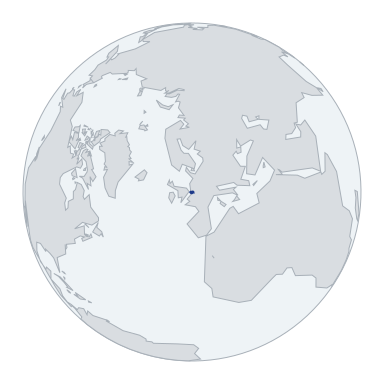 Pas-de-Calais highlighted on a globe, orthographic projection, rotated 317°
{"feature_id": "FRA-5334", "entity_name": "Pas-de-Calais", "entity_type": "Metropolitan department", "adm_level": 1, "iso_a3": "FRA", "parent_name": "France", "parent_adm1": "", "projection": "orthographic", "projection_center": [2.469, 50.516], "detail": "fine", "context": "on_globe", "style": "filled", "palette": "blue", "viewbox_px": 384, "rotation_deg": 317, "n_neighbors": 0, "source": "natural_earth", "source_scale": "10m", "svg_char_len": 10827}
<svg xmlns="http://www.w3.org/2000/svg" viewBox="0 0 384 384"><g transform="rotate(317 192 192)"><circle cx="192" cy="192" r="169" fill="#eef3f6" stroke="#a8b0b8"/><path d="M24.9,217.0L24.8,214.6L24.2,209.0L26.2,208.3L27.0,197.4L26.7,193.2L25.5,193.5L25.7,177.7L27.6,167.4L37.8,124.2L40.9,117.5L44.3,112.3L64.3,84.6L47.9,105.0L52.5,97.6L59.4,88.7L59.4,89.3L69.1,79.1L75.5,72.4L88.9,62.8L102.2,59.4L97.8,62.3L101.5,61.5L107.3,57.9L110.1,55.9L130.6,50.8L150.4,43.4L154.3,39.6L155.3,41.9L161.1,34.0L170.3,30.6L161.3,35.5L161.5,36.9L168.4,34.9L170.1,36.0L174.4,35.7L175.8,37.3L170.5,40.4L171.3,41.6L176.1,40.2L180.6,41.1L173.3,43.0L180.4,44.9L172.7,51.3L152.1,56.4L149.1,62.4L131.5,74.6L134.4,75.2L129.6,80.7L131.3,83.6L127.5,85.4L132.1,86.2L135.2,84.1L138.2,83.8L139.4,85.4L134.9,87.8L133.6,87.4L132.9,89.0L130.1,89.5L132.2,90.2L126.5,93.1L133.9,92.7L130.9,97.1L126.7,98.5L124.8,95.0L110.4,90.7L105.5,91.6L100.5,95.9L95.9,110.7L91.4,113.2L87.1,119.1L90.5,119.0L95.2,114.5L100.5,116.1L105.6,110.7L108.5,110.7L114.6,106.8L116.1,111.0L114.2,117.4L109.3,121.0L108.3,124.0L115.0,123.8L107.6,134.0L106.1,147.0L103.9,149.4L96.2,147.9L91.2,139.5L81.1,138.9L90.1,143.2L84.5,149.7L84.6,152.6L86.3,154.7L89.4,153.8L88.0,157.0L78.6,153.6L79.7,150.7L82.7,151.6L80.3,147.9L73.9,146.3L71.6,150.0L64.5,144.6L62.7,147.3L60.2,147.9L63.5,143.8L57.4,151.2L48.7,148.0L40.3,160.9L45.9,145.9L46.3,139.9L46.0,134.0L44.5,135.9L46.1,126.3L44.2,122.8L38.4,129.3L33.8,139.4L32.5,148.9L34.4,147.7L34.8,153.6L29.5,159.5L29.4,172.7L26.6,179.6L25.8,187.2L27.0,191.9L27.9,199.8L30.2,199.3L33.2,203.5L31.5,210.2L34.6,207.9L35.3,214.8L42.3,227.5L41.3,228.0L47.0,246.4L56.0,261.0L58.1,268.2L56.8,269.8L60.5,274.3L60.6,276.3L78.1,293.5L89.1,304.9L90.2,310.9L83.7,311.9L84.3,320.0L74.4,313.1L75.6,314.4L66.9,305.5L58.9,296.0L51.6,286.0L45.1,275.4L39.3,264.4L34.4,253.0L30.4,241.2L27.2,229.2L24.9,217.0ZM37.7,164.3L37.8,183.0L35.4,176.3L36.3,176.7L36.8,171.0L36.8,162.7L35.4,157.3L37.7,164.3ZM43.1,163.6L42.9,160.9L43.4,163.1L43.1,163.6ZM111.1,54.9L107.2,57.8L101.4,60.8L104.5,58.1L111.1,54.9ZM122.4,50.2L121.0,51.6L117.0,51.9L119.1,51.0L122.4,50.2ZM156.7,36.8L153.2,38.2L156.0,36.5L156.7,36.8ZM174.8,35.4L175.3,34.8L177.3,35.0L174.8,35.4ZM113.3,104.8L113.9,105.8L112.5,106.0L113.3,104.8ZM115.4,102.2L113.3,101.7L114.0,100.5L115.3,100.8L115.4,102.2ZM181.3,37.6L184.5,38.3L180.3,38.1L181.3,37.6ZM117.8,103.1L115.5,98.3L116.7,96.1L122.6,95.6L117.8,103.1ZM185.7,39.1L193.4,41.0L195.1,39.5L194.6,45.0L188.2,41.3L182.9,41.3L185.9,40.3L185.7,39.1ZM135.6,82.7L132.4,85.1L133.9,81.7L135.6,82.7ZM135.9,80.7L136.3,71.3L141.8,68.9L140.5,72.4L146.6,68.3L149.0,71.7L146.2,74.7L142.2,75.5L146.2,76.3L135.9,80.7ZM193.1,47.8L194.2,48.9L192.0,48.4L193.1,47.8ZM139.5,83.5L139.1,81.7L143.8,79.4L145.4,82.6L143.4,82.3L139.5,83.5ZM147.0,65.7L150.8,64.7L153.8,67.1L155.7,67.1L149.6,71.6L147.0,65.7ZM143.0,83.6L146.2,84.3L145.1,86.9L140.2,85.1L143.0,83.6ZM144.3,77.5L146.6,76.7L145.9,78.2L144.3,77.5ZM143.1,96.9L142.5,94.6L144.9,93.2L143.1,96.9ZM147.4,84.4L147.8,83.5L148.6,82.8L150.5,83.8L147.4,84.4ZM152.1,73.1L152.6,74.4L154.7,71.4L157.1,73.3L152.6,76.0L155.5,75.6L156.2,76.2L151.8,77.8L152.1,73.1ZM154.9,82.6L150.0,87.0L150.6,91.5L148.4,92.8L148.0,85.4L154.9,82.6ZM153.5,79.6L153.9,81.7L151.0,82.2L149.0,81.1L153.5,79.6ZM160.3,73.7L157.9,70.1L158.9,69.6L160.3,73.7ZM155.7,83.8L156.8,82.7L156.0,84.0L155.7,83.8ZM159.5,76.6L158.5,75.4L159.7,74.9L159.5,76.6ZM160.0,81.7L158.4,83.1L157.0,82.3L160.0,81.7ZM160.2,79.3L162.2,79.0L157.4,81.2L159.6,78.8L160.2,79.3ZM160.8,76.4L161.2,75.7L161.1,77.0L160.8,76.4ZM166.4,84.1L160.8,87.1L157.5,85.3L163.5,82.6L166.4,84.1ZM354.5,145.6L354.9,150.3L357.6,159.6L357.6,158.7L358.4,162.9L358.4,162.7L358.5,164.2L356.6,156.7L353.1,150.5L354.3,158.6L352.4,154.4L347.8,152.6L348.5,164.2L350.9,189.0L354.2,200.7L353.7,210.4L345.6,203.1L340.0,194.1L338.4,199.4L329.0,197.7L316.6,212.8L313.7,211.2L311.6,215.6L304.8,217.3L300.0,214.0L296.4,217.5L309.0,225.9L312.7,222.1L314.3,213.1L317.2,217.1L323.6,216.3L320.6,235.5L300.2,264.5L296.4,256.4L271.4,238.9L271.1,235.2L270.9,234.9L270.5,234.3L270.1,240.7L265.2,236.5L280.5,251.5L283.9,258.9L299.9,265.3L298.9,267.6L303.5,267.6L316.0,253.9L316.5,257.0L311.7,275.6L292.7,304.9L294.2,313.0L291.1,321.0L277.0,332.1L276.0,335.7L268.3,340.3L266.4,342.4L259.0,346.5L247.5,351.3L230.3,356.1L231.0,355.2L225.2,354.2L217.8,346.1L224.0,339.5L223.2,334.7L210.6,323.7L213.5,315.4L209.7,312.3L202.1,313.8L197.4,309.8L192.7,309.9L161.5,311.7L150.9,304.7L135.9,283.1L140.7,276.1L139.8,266.1L172.0,233.9L180.8,236.4L208.5,229.7L212.3,230.6L211.2,239.6L233.7,245.8L238.4,237.3L256.6,237.1L267.3,232.3L267.2,214.9L249.7,222.5L244.4,215.9L256.7,203.1L271.7,196.5L270.2,193.8L258.9,191.6L260.4,184.1L254.7,190.4L258.4,192.3L255.0,196.4L251.4,195.0L252.1,192.3L247.0,192.9L245.0,206.2L248.5,209.6L236.4,216.0L241.2,222.4L238.6,226.8L229.6,217.8L229.0,213.5L213.8,204.5L213.3,209.4L227.6,218.5L224.0,218.4L223.4,225.8L221.0,220.2L205.5,209.5L193.4,213.9L181.1,232.1L173.3,233.5L165.4,229.8L166.6,212.0L183.8,210.9L184.5,205.1L178.3,196.7L184.0,197.3L183.6,193.9L189.9,193.1L196.0,184.3L201.9,182.7L201.7,172.2L204.7,170.1L204.0,176.8L206.6,180.9L221.1,177.1L223.1,174.3L221.8,167.8L225.9,167.8L222.8,162.1L229.9,157.2L218.7,158.6L216.9,151.7L219.7,145.1L217.1,143.2L212.5,154.1L212.5,158.2L215.7,161.3L213.9,173.6L209.5,176.5L203.8,165.1L196.9,168.2L195.5,158.4L208.8,134.3L215.6,128.2L232.4,131.8L232.3,136.8L226.2,137.8L234.2,142.9L232.4,139.6L235.9,139.7L235.0,133.6L237.4,133.4L232.5,128.0L235.3,127.1L238.4,130.6L239.5,121.2L244.7,118.1L243.8,116.1L241.4,114.9L249.6,112.1L248.6,110.8L245.5,111.1L241.5,108.8L237.5,103.8L240.6,103.1L242.4,104.8L250.9,107.6L255.3,112.5L256.1,111.8L253.0,107.3L242.7,103.9L239.5,101.1L244.4,102.0L242.4,101.5L241.7,99.9L243.9,97.7L238.5,96.5L227.2,81.3L230.4,76.1L236.1,78.3L231.4,68.1L235.3,63.6L232.5,63.9L228.3,59.6L227.0,60.9L225.3,60.8L214.1,51.3L213.8,48.8L205.7,45.7L204.2,46.0L204.0,47.6L194.6,45.0L195.1,39.5L198.4,39.2L196.4,36.4L204.3,36.3L209.8,35.1L219.5,37.2L223.1,36.3L221.9,35.3L225.8,33.8L238.1,34.6L233.4,38.2L216.1,39.5L223.6,39.1L223.4,40.6L227.1,41.5L232.3,41.3L231.9,40.4L248.2,48.7L263.8,53.3L258.9,48.7L260.0,46.9L273.4,49.8L298.3,65.7L300.1,64.8L303.0,66.6L307.6,71.1L303.5,68.6L304.4,71.0L301.4,69.0L307.5,76.0L303.4,73.6L310.1,80.5L312.1,80.6L308.3,75.1L315.8,82.5L317.2,81.0L321.9,85.1L334.9,102.6L341.3,114.6L342.7,116.9L342.8,118.7L346.7,127.2L349.3,130.2L354.5,145.6ZM163.4,252.3L163.1,255.4L163.1,255.5L163.4,252.3ZM289.5,197.3L297.3,191.8L290.5,184.5L292.9,181.9L289.7,180.5L290.0,184.0L281.7,179.6L283.9,174.0L281.3,170.3L278.5,172.0L275.9,183.1L287.7,189.3L287.3,194.7L289.5,197.3ZM42.6,227.8L43.3,230.6L42.0,228.6L42.6,227.8ZM33.8,178.0L34.4,180.9L34.3,183.4L33.6,181.6L33.8,178.0ZM41.9,201.0L43.1,204.7L41.3,202.0L41.9,201.0ZM38.1,185.8L40.8,198.4L37.3,194.1L35.8,186.2L37.5,190.0L38.1,185.8ZM40.3,166.1L40.4,168.3L39.5,169.0L40.3,166.1ZM43.5,165.2L43.2,164.7L43.7,162.8L43.5,165.2ZM85.0,149.9L85.7,150.3L86.9,152.9L85.3,152.6L85.0,149.9ZM98.9,159.5L96.4,164.5L97.0,160.6L94.2,161.0L92.1,153.5L102.7,150.3L98.3,152.9L98.9,159.5ZM92.2,143.0L92.3,147.8L91.8,142.7L92.2,143.0ZM175.2,177.3L178.1,179.3L177.0,183.4L169.5,186.3L171.0,180.4L175.2,177.3ZM182.6,181.4L179.1,169.8L183.6,167.8L181.7,170.8L185.0,170.7L182.8,175.6L190.6,185.4L190.1,189.7L176.5,192.2L181.2,188.9L178.0,186.9L182.6,181.4ZM162.0,146.5L160.5,142.2L172.3,143.3L172.3,147.2L164.8,150.1L160.4,147.3L162.0,146.5ZM128.7,103.5L127.4,102.3L128.6,101.6L130.8,101.9L128.7,103.5ZM142.6,95.9L135.8,107.9L133.9,107.1L132.2,115.4L126.6,116.7L127.9,111.2L122.3,118.6L121.2,114.2L118.0,119.6L121.5,107.1L120.3,103.7L123.8,107.0L128.9,105.8L130.8,104.3L135.3,97.5L135.4,89.9L140.5,87.8L144.1,88.4L144.9,89.9L141.3,90.7L144.9,92.2L140.3,94.5L142.6,95.9ZM183.5,100.6L179.1,100.2L185.5,104.9L181.0,106.7L182.0,107.1L179.6,110.2L178.4,114.8L176.0,115.0L176.6,116.7L175.0,118.9L175.0,121.3L170.7,122.8L170.3,125.9L168.5,124.8L169.0,130.0L166.7,126.8L164.4,129.5L167.9,131.2L144.8,134.3L136.9,138.7L131.6,144.2L128.3,138.4L131.2,129.7L137.4,120.9L145.5,117.8L142.5,115.9L145.5,114.0L146.6,116.3L146.8,111.6L149.5,110.6L155.0,103.8L153.5,98.0L155.5,95.5L157.5,97.3L158.1,93.5L163.1,95.3L164.7,93.6L171.2,93.9L174.1,98.6L175.6,96.4L180.6,96.7L183.5,100.6ZM168.2,84.3L172.7,89.2L172.5,92.7L161.2,90.9L159.1,92.2L151.9,91.5L152.5,86.5L154.5,87.1L156.6,86.6L155.6,88.4L157.9,86.6L160.8,87.4L163.4,86.3L164.1,88.2L168.2,84.3ZM215.3,226.7L218.0,226.5L222.0,225.3L221.7,230.0L215.3,226.7ZM204.7,219.6L206.9,218.6L208.4,224.4L205.6,224.7L204.7,219.6ZM206.9,213.4L206.9,218.1L205.2,215.7L206.9,213.4ZM205.9,175.7L208.2,174.4L208.9,175.8L208.3,178.3L205.9,175.7ZM201.8,116.2L199.2,115.1L199.6,114.1L196.2,109.5L199.3,108.0L202.6,110.2L201.8,116.2ZM265.0,219.1L262.6,223.5L260.7,222.8L261.9,221.4L265.0,219.1ZM241.7,228.0L247.6,228.2L241.5,229.3L241.7,228.0ZM204.6,113.8L202.8,112.0L205.5,112.4L204.6,113.8ZM201.4,106.7L204.3,106.6L199.3,107.3L201.4,106.7ZM313.2,304.4L299.6,321.5L293.6,325.8L294.3,323.9L300.5,315.1L308.1,307.9L312.3,301.8L313.2,304.4ZM360.2,175.7L360.0,175.3L359.6,170.8L359.6,170.3L360.2,175.7ZM354.6,201.1L356.9,204.2L356.3,208.1L354.6,201.1ZM344.3,119.7L345.9,123.4L345.1,122.1L342.7,116.6L344.3,119.7ZM325.6,88.9L328.6,92.6L330.0,94.5L329.2,93.6L325.6,88.9ZM228.6,100.4L229.9,108.3L232.8,113.4L237.7,115.2L231.4,116.2L226.8,108.3L228.6,100.4ZM227.1,83.6L222.8,82.4L224.2,80.9L225.4,81.0L227.1,83.6ZM224.8,84.3L220.3,86.6L217.7,84.6L221.7,83.2L224.8,84.3ZM212.6,99.8L212.8,102.2L210.6,101.8L212.6,99.8ZM300.0,62.6L298.5,61.7L295.6,59.2L297.5,60.5L300.0,62.6ZM284.8,51.2L294.4,58.3L301.7,64.7L301.1,63.8L305.8,67.5L304.9,67.5L297.2,61.2L292.2,56.9L288.3,54.5L282.6,50.7L278.9,49.2L275.3,47.2L277.2,47.4L284.8,51.2ZM277.4,48.8L268.8,45.9L264.9,42.6L265.9,42.5L271.5,45.1L273.3,46.7L277.4,48.8ZM265.6,44.3L267.2,45.9L258.0,46.9L255.0,46.3L260.0,43.3L261.8,44.7L264.7,45.2L265.6,44.3ZM195.6,48.2L194.3,48.8L194.4,47.7L195.6,48.2ZM224.7,61.6L222.5,61.2L222.6,59.8L224.7,61.6ZM216.2,59.5L217.6,61.3L214.9,59.6L216.2,59.5ZM221.0,65.4L217.6,62.1L222.7,64.8L221.0,65.4Z" fill="#d9dde1" stroke="#a8b0b8" stroke-width="1"/><path d="M190.4,192.4L190.3,192.2L190.3,191.9L190.3,191.6L190.3,191.4L190.4,191.2L190.4,190.9L190.5,190.9L190.6,190.7L191.0,190.6L191.3,190.6L191.5,190.9L191.5,191.1L191.8,191.2L191.8,191.3L191.8,191.5L192.0,191.6L192.5,191.7L192.6,191.8L192.6,192.0L192.8,192.0L193.0,192.0L193.1,192.3L193.1,192.5L193.1,192.8L193.2,192.7L193.3,192.7L193.3,192.8L193.2,193.0L193.2,193.3L192.9,193.4L192.8,193.5L192.7,193.5L192.7,193.4L192.5,193.2L192.4,193.1L192.4,193.3L192.3,193.2L192.2,193.2L191.9,193.2L192.0,193.0L192.0,192.9L191.9,192.9L191.7,192.8L191.4,192.9L191.2,192.9L191.2,192.7L190.9,192.6L190.7,192.5L190.4,192.5L190.4,192.4L190.4,192.4Z" fill="#3b82f6" stroke="#1e3a8a" stroke-width="1.5"/></g></svg>